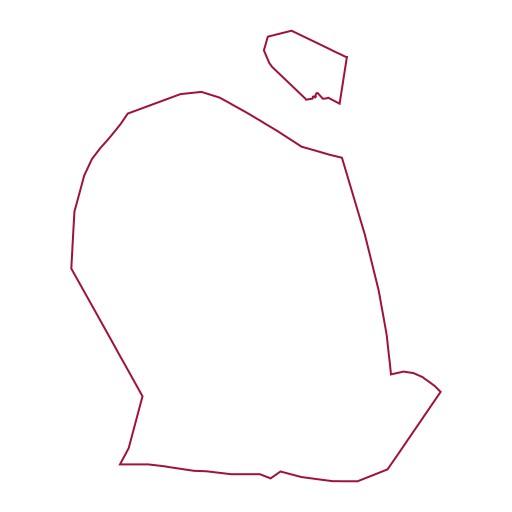 Radman, Al Bayda', Yemen
{"feature_id": "15242507B86992417351201", "entity_name": "Radman", "entity_type": "district", "adm_level": 2, "iso_a3": "YEM", "parent_name": "Yemen", "parent_adm1": "Al Bayda'", "projection": "orthographic", "projection_center": [45.286, 14.484], "detail": "fine", "context": "isolated", "style": "outline", "palette": "rose", "viewbox_px": 512, "rotation_deg": 0, "n_neighbors": 0, "source": "geoboundaries", "source_scale": "gbopen_adm2", "svg_char_len": 1491}
<svg xmlns="http://www.w3.org/2000/svg" viewBox="0 0 512 512"><path d="M270.6,478.4L280.5,471.5L301.2,477.0L315.3,478.9L322.8,479.9L332.8,481.2L357.1,481.3L357.6,481.3L358.6,480.9L359.0,480.7L373.4,475.0L387.5,469.4L397.5,455.0L412.9,432.4L423.2,417.4L423.3,417.2L423.5,416.9L440.6,391.9L434.7,386.0L426.7,380.1L424.5,378.6L422.6,377.1L420.3,376.1L413.5,373.1L403.5,371.6L391.0,374.4L389.7,361.9L388.9,355.3L386.8,335.9L385.9,330.5L383.7,318.2L380.3,299.5L379.9,297.0L378.6,290.2L369.7,254.1L364.9,234.8L342.0,157.9L341.9,157.7L330.2,154.9L302.7,147.0L301.9,146.9L287.7,137.7L282.9,134.6L277.7,131.2L264.8,123.5L263.9,122.9L249.7,114.4L245.2,111.8L232.9,105.0L228.6,102.5L219.6,97.6L201.4,91.9L196.7,92.4L180.5,94.1L127.7,113.6L120.8,123.8L115.2,130.8L108.7,138.7L100.3,148.1L91.9,159.1L84.1,175.8L82.7,181.2L74.4,211.7L74.4,212.4L73.3,231.4L71.3,268.6L92.4,306.3L110.3,338.4L113.2,343.6L121.0,357.8L122.6,360.5L142.5,396.3L128.7,448.1L120.0,464.4L148.3,464.4L166.1,466.5L167.1,466.8L193.9,470.8L206.8,471.3L212.5,472.0L227.7,473.8L227.8,473.8L230.9,474.2L240.4,474.2L258.3,474.2L259.9,474.2L270.6,478.4ZM346.9,57.0L346.0,57.0L333.8,51.2L328.6,48.6L291.5,30.7L289.2,31.3L270.4,36.0L267.8,36.7L265.8,43.7L263.9,50.3L266.9,57.5L269.3,63.0L272.2,67.0L305.3,98.6L306.1,99.7L312.6,98.6L312.9,96.7L313.7,96.4L315.2,97.4L315.8,96.6L315.5,95.3L316.2,93.7L316.7,93.1L317.9,93.2L318.6,94.1L322.9,98.7L326.4,98.4L328.2,97.7L339.6,103.7L346.9,57.0Z" fill="none" stroke="#9f1239" stroke-width="2"/></svg>